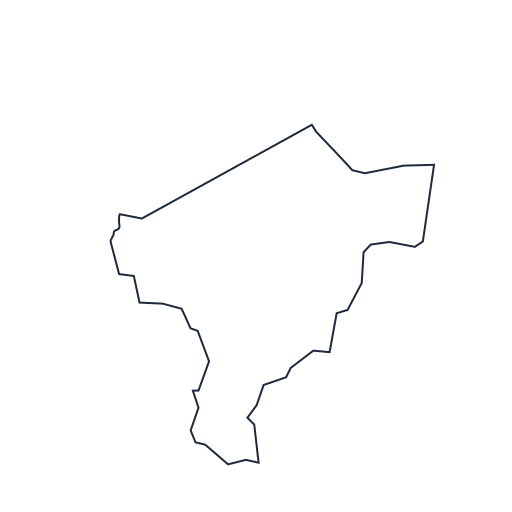 Habersham, Georgia, United States of America (Robinson projection), rotated 219°
{"feature_id": "52423323B73188542913517", "entity_name": "Habersham", "entity_type": "district", "adm_level": 2, "iso_a3": "USA", "parent_name": "United States of America", "parent_adm1": "Georgia", "projection": "robinson", "projection_center": [-83.51, 34.629], "detail": "fine", "context": "isolated", "style": "outline", "palette": "slate", "viewbox_px": 512, "rotation_deg": 219, "n_neighbors": 0, "source": "geoboundaries", "source_scale": "gbopen_adm2", "svg_char_len": 844}
<svg xmlns="http://www.w3.org/2000/svg" viewBox="0 0 512 512"><g transform="rotate(219 256 256)"><path d="M295.2,393.1L368.3,213.3L388.1,202.8L388.1,202.5L387.3,200.6L385.7,198.5L384.0,196.4L381.6,194.0L380.3,192.6L379.9,191.2L380.2,189.5L381.6,187.0L381.6,185.3L380.0,182.7L379.1,178.1L378.8,177.0L378.0,175.6L351.0,155.8L338.4,163.6L317.2,146.5L298.6,160.2L280.6,168.2L261.4,158.6L254.2,161.1L226.2,144.6L216.0,115.3L220.3,111.6L205.2,101.9L197.0,79.3L185.7,73.1L176.8,77.4L146.6,76.5L135.6,91.2L123.9,97.0L151.3,123.9L160.9,124.9L161.6,140.4L168.9,160.6L156.3,180.7L158.6,190.8L151.9,218.5L138.3,227.6L157.3,262.3L150.9,271.7L156.8,301.5L174.8,326.7L174.0,337.1L161.2,350.8L138.3,363.1L135.5,372.3L175.0,438.9L198.1,419.2L223.5,388.8L235.1,383.3L249.9,385.5L287.3,390.4L295.2,393.1Z" fill="none" stroke="#1e293b" stroke-width="2"/></g></svg>